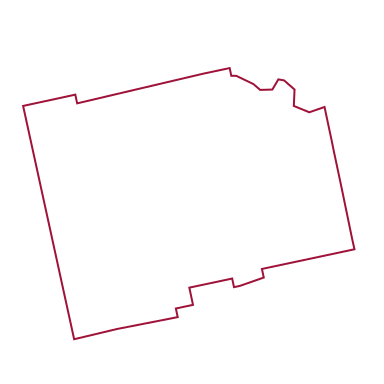 Benewah, Idaho, United States of America, rotated 168°
{"feature_id": "52423323B17427488996260", "entity_name": "Benewah", "entity_type": "district", "adm_level": 2, "iso_a3": "USA", "parent_name": "United States of America", "parent_adm1": "Idaho", "projection": "albers", "projection_center": [-116.794, 47.218], "detail": "fine", "context": "isolated", "style": "outline", "palette": "rose", "viewbox_px": 384, "rotation_deg": 168, "n_neighbors": 0, "source": "geoboundaries", "source_scale": "gbopen_adm2", "svg_char_len": 562}
<svg xmlns="http://www.w3.org/2000/svg" viewBox="0 0 384 384"><g transform="rotate(168 192 192)"><path d="M339.3,311.3L337.9,72.5L293.9,73.6L232.0,72.6L232.0,81.4L214.5,81.4L214.5,99.0L170.7,99.0L170.7,90.2L164.8,90.2L139.6,93.4L139.6,102.2L45.0,102.2L45.1,113.6L44.8,167.2L44.8,187.7L44.8,201.3L44.7,214.3L44.7,230.8L44.7,247.6L60.7,245.6L74.5,255.0L70.4,270.9L78.7,282.0L84.1,284.2L92.1,275.5L104.1,277.7L109.5,284.8L124.5,296.4L129.4,297.5L129.4,305.4L156.0,305.4L285.9,302.6L285.9,311.5L339.3,311.3Z" fill="none" stroke="#9f1239" stroke-width="2"/></g></svg>